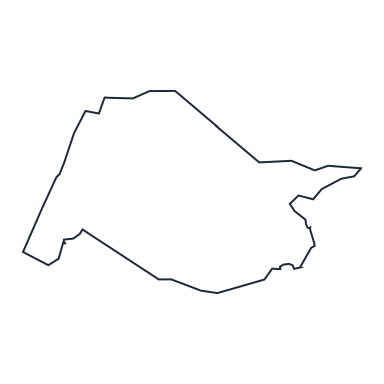 the district of Agia Marina Chrysochous, Paphos, Cyprus
{"feature_id": "46923920B44932940301166", "entity_name": "Agia Marina Chrysochous", "entity_type": "district", "adm_level": 2, "iso_a3": "CYP", "parent_name": "Cyprus", "parent_adm1": "Paphos", "projection": "mercator", "projection_center": [32.543, 35.118], "detail": "fine", "context": "isolated", "style": "outline", "palette": "slate", "viewbox_px": 384, "rotation_deg": 0, "n_neighbors": 0, "source": "geoboundaries", "source_scale": "gbopen_adm2", "svg_char_len": 860}
<svg xmlns="http://www.w3.org/2000/svg" viewBox="0 0 384 384"><path d="M361.0,168.3L328.1,165.8L314.8,170.4L291.5,160.8L259.2,162.4L216.8,126.6L217.1,126.5L175.1,90.9L149.4,91.1L132.9,98.4L108.8,97.8L104.8,97.5L104.5,97.8L98.9,113.5L85.5,111.0L74.1,133.0L64.1,162.8L59.5,174.3L56.5,177.0L42.0,208.5L23.0,252.0L48.3,265.2L58.6,258.7L63.1,242.9L65.7,243.7L63.7,241.7L64.0,239.6L73.2,238.6L79.7,234.0L82.5,229.5L158.7,279.4L171.3,279.4L200.8,290.6L217.3,293.1L264.5,279.5L272.1,268.7L280.3,269.1L280.0,266.7L283.6,264.5L289.2,263.9L292.6,265.3L294.1,268.9L300.7,267.3L300.2,267.1L311.2,247.8L314.7,245.9L314.3,243.3L310.1,229.5L310.2,227.4L309.2,228.1L307.6,227.7L306.0,224.2L305.5,219.7L294.7,211.2L289.8,203.9L298.5,195.5L313.1,199.3L321.7,189.1L341.1,178.8L354.2,176.3L360.5,169.0L360.9,168.5L361.0,168.3Z" fill="none" stroke="#1e293b" stroke-width="2"/></svg>